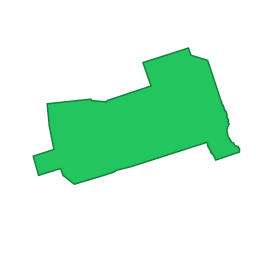 Santa Rosa, Mendoza, Argentina (Robinson projection), rotated 252°
{"feature_id": "61730980B20079308616386", "entity_name": "Santa Rosa", "entity_type": "district", "adm_level": 2, "iso_a3": "ARG", "parent_name": "Argentina", "parent_adm1": "Mendoza", "projection": "robinson", "projection_center": [-68.23, -33.529], "detail": "fine", "context": "isolated", "style": "filled", "palette": "green", "viewbox_px": 256, "rotation_deg": 252, "n_neighbors": 0, "source": "geoboundaries", "source_scale": "gbopen_adm2", "svg_char_len": 2405}
<svg xmlns="http://www.w3.org/2000/svg" viewBox="0 0 256 256"><g transform="rotate(252 128 128)"><path d="M185.4,210.2L185.6,162.4L160.9,162.9L160.5,116.5L159.4,115.8L165.4,101.7L166.9,101.7L176.0,58.6L153.9,53.7L130.5,50.9L130.5,29.2L110.6,28.3L110.3,51.5L102.9,51.6L91.1,59.6L91.0,66.0L90.7,78.7L90.6,83.2L90.5,85.0L90.4,99.6L90.7,102.4L91.0,102.8L91.3,103.1L91.4,103.3L91.4,103.7L90.3,118.3L90.0,195.8L90.0,198.5L89.8,198.7L89.5,198.8L89.1,198.7L88.8,198.8L88.3,198.9L88.0,198.8L87.7,198.5L87.4,198.4L87.1,198.5L86.6,198.5L86.2,198.2L85.3,198.3L85.2,198.6L84.7,198.7L84.2,198.8L83.8,198.9L83.0,198.7L82.4,198.8L82.2,198.9L81.8,199.5L81.2,199.7L80.6,199.5L80.4,199.3L79.9,199.0L79.6,199.0L79.2,199.2L79.1,199.4L79.1,199.8L78.8,199.9L78.3,199.7L78.0,199.8L77.8,199.7L77.1,200.1L76.7,200.4L76.3,200.6L75.8,200.8L75.3,200.9L74.9,201.1L74.6,201.0L74.4,200.9L73.9,201.0L73.7,201.1L73.4,201.4L73.1,201.6L72.6,201.6L72.0,201.3L71.5,201.3L71.2,201.4L71.0,201.6L70.4,201.6L70.7,226.3L71.1,226.2L71.4,226.6L71.6,226.9L71.9,227.2L72.6,227.2L73.0,227.3L73.3,227.6L74.0,227.7L74.5,227.5L74.6,227.2L75.0,227.1L76.2,227.0L76.1,226.6L76.2,226.2L76.7,226.2L77.2,226.0L77.3,225.5L77.4,225.0L77.7,224.5L78.3,224.2L78.9,224.2L79.2,223.9L79.8,223.9L80.6,223.9L81.2,223.7L81.6,223.3L82.0,223.0L82.1,222.4L82.6,222.0L82.8,221.9L83.3,221.7L83.9,221.7L84.3,221.9L84.8,221.9L85.0,221.6L85.4,221.2L85.9,221.4L86.3,221.3L86.5,221.0L86.8,220.9L87.3,221.1L88.2,220.7L88.6,220.6L89.3,220.6L90.0,220.8L90.7,220.6L91.3,220.6L91.5,220.7L91.9,221.1L92.6,221.1L93.2,221.1L93.8,221.0L94.4,221.1L95.0,221.4L95.7,221.5L96.7,222.0L97.0,222.3L97.2,222.7L97.8,222.7L98.1,222.8L98.2,223.1L98.5,223.5L99.5,224.3L99.9,224.7L101.0,225.5L101.3,225.2L101.8,224.9L102.2,225.2L103.0,225.6L103.3,225.2L104.5,226.0L104.8,226.1L105.2,226.0L105.5,225.6L105.9,225.6L106.3,225.8L107.4,225.5L108.0,225.8L108.6,225.9L109.0,225.6L109.5,225.8L110.1,226.2L110.5,226.3L111.3,226.4L111.6,226.1L112.1,226.2L113.0,226.4L113.5,226.3L113.9,226.2L114.2,225.8L114.5,225.4L115.0,225.6L115.8,225.8L116.1,225.6L116.6,225.3L116.9,225.2L117.5,225.3L117.9,225.6L118.4,225.7L118.6,225.5L119.0,225.1L120.2,225.5L120.7,225.2L120.9,224.9L121.4,225.0L121.7,225.0L121.9,224.7L122.3,224.4L122.7,224.5L123.1,224.9L123.4,225.2L123.7,225.2L124.0,225.2L124.3,225.0L124.4,224.9L158.6,224.7L167.7,224.6L177.8,210.3L185.4,210.2Z" fill="#22c55e" stroke="#15803d" stroke-width="1.5"/></g></svg>